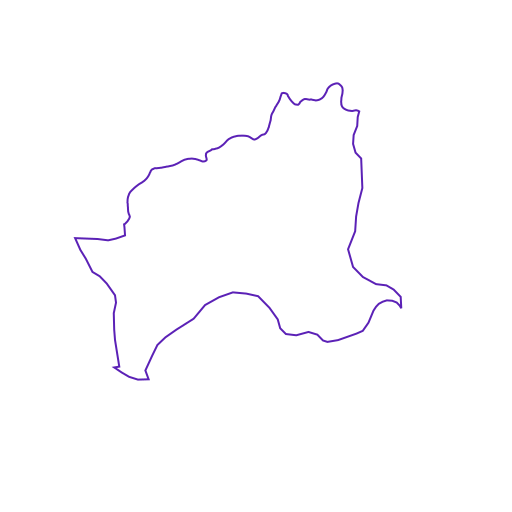 Jasong, Chagang-do, North Korea, rotated 46°
{"feature_id": "82179303B8327085431714", "entity_name": "Jasong", "entity_type": "district", "adm_level": 2, "iso_a3": "PRK", "parent_name": "North Korea", "parent_adm1": "Chagang-do", "projection": "equal_earth", "projection_center": [126.597, 41.451], "detail": "fine", "context": "isolated", "style": "outline", "palette": "violet", "viewbox_px": 512, "rotation_deg": 46, "n_neighbors": 0, "source": "geoboundaries", "source_scale": "gbopen_adm2", "svg_char_len": 6034}
<svg xmlns="http://www.w3.org/2000/svg" viewBox="0 0 512 512"><g transform="rotate(46 256 256)"><path d="M384.0,231.2L382.1,221.4L376.9,209.4L375.9,204.9L375.7,200.9L376.9,196.6L378.8,192.7L382.8,189.1L387.2,187.1L391.4,187.1L394.5,187.8L385.9,180.3L375.8,180.3L367.7,182.6L359.6,189.2L345.4,193.7L331.3,193.8L315.1,185.1L307.1,167.5L297.1,156.5L289.1,145.5L281.0,132.3L258.9,112.6L250.8,112.6L242.8,108.3L236.8,101.7L232.8,92.9L226.7,86.3L223.7,81.3L223.1,81.5L222.4,81.7L221.9,82.0L221.4,82.3L221.0,82.5L220.7,82.8L220.4,83.1L220.2,83.5L219.9,83.9L219.6,84.3L219.4,84.7L219.1,85.2L218.8,85.7L218.5,86.1L218.0,86.5L217.5,87.0L217.1,87.2L216.7,87.6L216.1,88.0L215.8,88.3L215.2,88.7L214.8,88.9L214.4,89.1L213.1,89.7L212.5,89.8L212.0,90.1L211.4,90.2L210.9,90.3L210.5,90.3L210.0,90.4L209.4,90.4L208.6,90.3L208.3,90.2L207.6,90.0L206.9,89.7L206.6,89.4L206.0,89.2L205.7,88.8L204.7,88.0L204.3,87.7L203.9,87.3L203.4,86.7L203.1,86.3L202.6,85.8L202.2,85.4L201.9,85.0L201.4,84.5L201.0,83.8L200.7,83.4L200.4,82.9L200.1,82.5L199.8,81.9L199.4,81.4L199.0,80.8L197.5,79.1L197.1,78.6L196.6,78.3L196.3,78.0L195.9,77.7L195.6,77.5L194.6,76.9L194.1,76.8L193.6,76.7L193.1,76.6L192.4,76.6L191.9,76.6L191.2,76.7L190.5,76.7L189.5,76.9L189.2,77.0L188.8,77.2L188.5,77.4L188.3,77.6L188.0,77.9L187.8,78.2L187.5,78.5L187.3,78.9L187.1,79.2L186.9,79.6L186.7,79.9L186.6,80.2L186.4,80.6L186.3,81.0L186.1,81.2L185.7,82.3L185.7,82.7L185.5,83.1L185.4,83.4L185.4,83.8L185.3,84.2L185.3,84.5L185.3,85.3L185.2,85.6L185.3,86.1L185.2,86.4L185.4,87.5L185.4,88.1L185.6,88.6L185.7,89.0L185.8,89.3L186.1,89.7L186.3,90.1L186.4,90.5L186.8,91.1L187.0,92.0L187.2,92.5L187.5,93.3L187.6,93.9L187.8,94.5L187.9,94.9L188.1,95.5L188.1,96.1L188.3,96.8L188.3,97.7L188.3,98.7L188.2,99.4L188.0,100.1L187.9,100.8L187.6,101.6L187.4,102.2L187.1,102.7L186.8,103.3L186.5,103.7L186.2,104.2L185.9,104.6L185.6,105.0L185.0,105.3L184.1,106.0L183.5,106.4L183.1,106.7L182.7,107.0L182.1,107.3L181.5,107.7L180.9,108.8L180.3,109.2L179.8,109.6L179.1,110.1L178.3,110.6L177.7,111.2L177.1,111.7L176.7,112.3L176.4,113.3L176.2,114.1L176.1,114.8L176.1,115.5L176.0,116.2L175.9,116.9L176.0,117.4L176.5,118.9L176.5,119.7L176.5,120.5L176.1,121.0L175.1,121.8L174.6,122.2L174.0,122.6L173.0,122.8L172.3,122.9L171.5,122.9L170.3,122.9L169.5,122.9L168.5,122.8L167.5,122.7L166.6,122.6L165.6,122.4L164.6,122.2L164.0,122.0L163.1,121.9L162.5,121.6L162.1,121.3L161.3,121.2L160.4,121.3L159.9,121.6L159.4,121.8L158.9,122.1L158.5,122.4L157.8,122.9L157.2,123.8L157.0,124.1L156.9,124.6L157.5,125.7L157.8,126.3L158.1,126.9L158.5,127.8L158.9,128.4L159.3,129.2L160.1,130.5L160.2,131.1L160.9,132.6L161.0,133.4L161.3,134.2L161.5,135.3L161.7,136.1L162.0,136.9L162.2,137.8L162.3,138.6L162.6,139.4L163.6,142.0L163.9,142.8L164.4,144.4L164.6,145.3L164.9,146.0L165.2,146.7L165.6,147.4L166.0,148.0L166.4,148.6L166.9,149.1L167.3,149.7L167.8,150.2L168.1,150.7L168.5,151.1L168.8,151.7L169.2,152.3L169.5,152.9L169.9,153.5L170.2,154.1L170.6,154.7L171.0,155.4L171.4,156.1L172.3,157.4L172.5,158.1L173.0,159.0L173.3,159.8L173.7,160.5L174.2,162.6L174.4,163.2L174.4,164.7L174.4,165.1L174.2,165.6L173.8,166.2L173.5,166.7L173.2,167.2L173.0,167.7L172.7,168.8L172.5,171.2L172.5,172.1L172.2,173.4L172.1,174.1L171.9,174.6L171.7,175.2L171.4,175.8L171.0,176.4L170.4,176.7L169.9,177.0L169.3,177.1L168.7,177.3L167.9,177.4L167.1,177.7L166.7,177.7L165.7,178.0L165.0,178.3L164.4,178.5L162.7,179.7L162.0,180.3L161.3,180.9L159.8,182.4L158.5,183.8L158.1,184.2L157.5,184.9L157.1,185.4L156.7,185.9L155.9,187.2L155.6,187.8L155.2,188.4L154.8,189.1L154.3,190.2L154.2,190.6L153.9,191.0L153.4,192.9L153.0,194.3L152.9,195.0L152.9,195.6L152.9,196.1L152.8,196.6L152.9,197.3L153.0,198.7L153.1,200.3L153.1,200.5L153.1,201.1L153.1,201.7L153.1,202.4L153.0,202.9L152.9,203.6L152.9,204.3L152.6,205.9L152.4,207.0L152.1,208.0L151.8,208.6L151.6,209.2L151.4,209.5L151.1,209.9L150.8,210.4L150.6,210.9L150.2,211.7L149.9,212.1L149.2,213.0L148.7,213.5L148.7,213.9L148.7,214.4L148.6,215.0L148.2,216.4L147.6,218.1L147.5,218.8L147.4,219.6L147.6,220.6L147.8,221.1L148.3,221.5L148.7,222.1L149.5,222.7L150.1,223.1L150.7,223.4L151.3,223.7L152.0,224.2L152.4,224.5L152.7,225.0L152.7,225.5L152.5,226.5L152.2,227.2L151.6,228.0L151.1,228.6L150.5,229.0L148.9,229.7L148.0,230.1L147.5,230.4L146.0,231.1L145.6,231.4L144.0,232.3L143.1,233.1L142.4,233.6L141.6,234.3L140.9,235.0L139.7,236.5L138.9,237.4L138.3,238.4L137.7,239.5L137.1,240.5L136.7,241.7L136.3,242.9L135.9,244.2L135.7,245.3L135.1,247.5L134.8,248.6L134.3,249.8L134.1,250.6L133.6,251.7L133.0,253.1L132.4,254.0L131.2,255.9L130.5,257.1L129.6,258.2L129.0,259.3L128.1,260.6L127.4,261.7L126.8,262.7L126.2,263.4L125.7,264.1L125.1,264.9L124.6,265.5L123.9,266.5L123.1,267.2L122.5,267.9L122.2,268.7L122.0,269.5L121.7,270.0L121.5,270.8L121.6,271.9L121.7,272.6L122.1,273.3L122.3,274.1L122.6,274.9L123.0,275.7L123.2,276.2L123.5,277.2L123.8,278.2L124.2,280.3L124.3,281.5L124.3,282.7L124.3,284.3L124.1,285.2L124.0,286.3L123.8,287.3L123.2,289.7L123.0,290.9L122.8,292.7L122.7,293.5L122.6,294.6L122.5,296.1L122.5,297.2L122.5,298.2L122.5,300.0L122.6,302.1L122.9,303.1L123.2,304.2L123.7,305.1L124.1,305.9L124.5,306.8L125.1,307.7L125.9,308.8L126.7,309.7L127.6,310.6L128.3,311.4L129.2,311.9L129.9,312.5L130.4,313.0L131.1,313.6L131.9,314.2L132.6,314.8L133.2,315.4L134.2,316.2L135.0,316.9L135.8,317.4L136.7,317.9L137.4,318.3L138.2,318.5L139.2,319.0L139.9,319.3L140.4,319.9L140.8,320.8L141.2,321.8L141.4,323.0L141.7,324.0L141.8,325.0L141.8,326.1L141.9,327.6L141.7,328.7L141.6,328.9L144.0,330.7L150.2,335.9L146.1,344.8L142.0,351.5L133.8,358.1L117.5,373.7L129.6,378.1L139.7,380.3L153.9,384.7L162.0,382.5L172.1,382.5L186.3,384.7L192.3,389.1L198.3,398.0L210.4,409.1L218.4,415.7L240.6,431.2L237.7,435.4L246.6,433.5L254.8,431.2L262.9,426.8L270.1,418.9L261.5,415.1L255.5,399.7L251.5,388.7L251.6,377.6L253.7,364.3L257.8,344.4L255.9,326.7L260.0,311.2L266.1,297.9L276.3,289.1L286.4,282.4L302.6,282.3L316.7,284.4L324.8,288.8L332.9,288.7L341.0,282.1L347.1,271.0L355.2,266.5L363.3,266.5L367.4,264.3L373.5,255.4L381.6,237.7L384.0,231.2Z" fill="none" stroke="#5b21b6" stroke-width="2"/></g></svg>